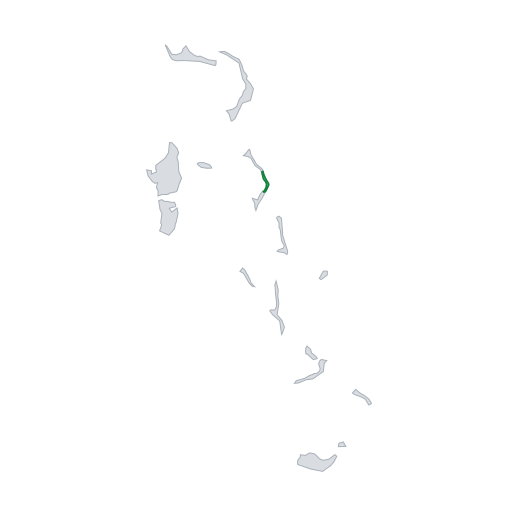 The Bahamas, with Central Eleuthera highlighted, rotated 21°
{"feature_id": "BHS-5028", "entity_name": "Central Eleuthera", "entity_type": "District", "adm_level": 1, "iso_a3": "BHS", "parent_name": "The Bahamas", "parent_adm1": "", "projection": "robinson", "projection_center": [-76.183, 25.14], "detail": "fine", "context": "in_parent", "style": "filled", "palette": "green", "viewbox_px": 512, "rotation_deg": 21, "n_neighbors": 0, "source": "natural_earth", "source_scale": "10m", "svg_char_len": 3725}
<svg xmlns="http://www.w3.org/2000/svg" viewBox="0 0 512 512"><g transform="rotate(21 256 256)"><path d="M158.6,210.0L158.5,217.2L159.0,222.7L158.5,224.6L152.9,228.2L151.5,230.2L146.2,232.3L143.0,235.1L141.4,230.5L138.4,227.7L137.9,222.8L135.5,224.4L132.1,223.4L126.5,219.8L123.0,214.8L127.9,213.9L129.0,217.0L132.9,213.2L132.0,211.2L131.3,210.9L130.0,207.2L136.0,197.4L137.3,191.1L134.6,181.0L137.1,180.4L143.8,183.9L146.8,187.4L146.8,192.2L149.6,195.9L153.6,204.8L158.6,210.0ZM163.0,237.4L163.0,238.8L157.9,242.5L161.6,245.2L165.1,239.4L167.9,244.1L169.4,253.1L169.2,254.6L169.4,256.0L169.9,257.7L170.1,260.1L167.2,267.9L157.0,267.1L156.8,260.6L155.2,259.3L152.9,249.9L149.7,246.9L145.3,239.2L147.9,237.2L151.3,237.8L153.1,236.9L157.8,236.2L160.7,235.1L163.0,237.4ZM402.5,420.4L400.9,424.8L395.4,433.2L383.2,435.3L369.7,435.7L368.6,433.4L368.3,431.4L369.3,428.2L369.2,427.0L368.6,425.7L373.6,424.4L376.8,420.5L381.9,419.8L388.3,422.6L391.7,422.7L396.8,419.7L400.8,413.2L403.2,414.0L402.5,420.4ZM185.4,138.3L184.4,138.9L179.9,132.9L176.3,131.1L182.0,126.9L184.4,123.3L184.3,115.3L185.7,111.0L185.3,107.2L186.5,103.3L184.9,99.0L180.2,95.6L171.0,82.0L156.4,78.7L148.8,78.5L153.0,76.3L156.8,76.6L162.7,77.9L169.8,78.5L174.1,82.5L178.2,87.9L181.9,90.0L183.5,91.4L183.3,92.9L183.9,94.4L188.8,96.9L193.7,100.9L195.1,112.7L188.5,118.2L187.2,135.3L185.4,138.3ZM120.6,89.0L126.8,90.8L130.2,90.6L132.2,89.4L141.3,89.9L148.8,88.1L149.9,91.2L149.7,92.9L133.9,94.5L119.4,99.1L111.5,102.3L107.7,102.6L104.9,101.0L95.4,91.3L97.9,92.3L105.0,97.8L109.4,96.8L113.4,93.2L114.1,90.4L113.5,89.1L115.3,84.9L120.6,89.0ZM215.0,163.3L223.5,170.1L230.7,172.6L238.5,181.1L241.8,184.1L242.4,186.8L241.1,199.3L239.4,206.9L239.6,213.5L237.8,211.5L235.9,207.2L232.9,204.7L231.9,203.4L237.4,203.1L237.8,196.3L240.5,190.9L240.1,185.3L233.7,179.2L229.4,173.8L222.7,172.0L216.4,166.6L212.7,166.0L208.2,166.9L209.9,163.7L211.0,159.5L211.8,158.7L215.0,163.3ZM308.3,318.5L308.0,320.1L301.4,308.1L293.2,305.2L288.5,302.3L289.5,300.7L292.7,299.9L293.3,296.2L291.9,292.1L287.5,283.8L285.1,278.2L284.0,276.9L283.7,272.2L288.8,279.5L290.9,285.9L294.4,292.3L296.7,303.2L303.3,306.9L308.0,312.2L308.3,318.5ZM341.2,359.3L337.5,361.1L338.3,358.0L345.3,352.7L349.1,348.1L351.3,346.4L352.1,345.2L355.1,343.5L356.6,340.5L356.2,338.1L353.0,334.0L353.0,331.2L354.1,329.2L359.5,328.3L358.1,331.3L360.2,339.8L353.1,350.4L347.0,353.7L341.2,359.3ZM284.0,240.4L284.4,243.4L280.9,242.8L275.8,244.0L274.0,244.0L275.1,241.9L278.6,239.1L278.8,236.4L274.4,232.6L269.3,222.9L267.0,220.6L265.8,217.0L261.5,213.1L262.4,211.1L263.3,210.6L266.2,211.6L272.8,225.4L273.2,226.8L284.0,240.4ZM401.4,346.4L404.6,347.2L406.3,347.2L412.3,349.0L415.8,351.4L416.6,352.5L414.7,354.7L409.3,350.5L404.5,349.9L397.8,350.0L395.1,349.3L396.9,344.8L401.4,346.4ZM348.8,328.7L349.9,329.8L346.7,332.2L339.2,329.2L337.6,329.5L336.1,326.3L335.5,324.0L335.9,321.8L340.3,323.5L342.7,326.6L348.8,328.7ZM179.0,191.6L173.2,192.9L169.1,191.7L168.0,190.7L169.8,189.0L173.7,187.6L180.0,187.5L182.7,189.1L183.1,189.8L179.0,191.6ZM265.7,285.2L263.5,285.6L259.7,284.0L250.7,276.7L246.5,276.1L247.8,272.0L251.0,273.4L258.3,279.7L261.1,282.9L265.7,285.2ZM329.3,248.3L325.3,254.7L323.1,254.2L324.3,246.0L327.1,244.8L328.2,244.8L329.3,248.3ZM408.1,401.6L401.2,404.5L400.5,401.1L404.0,398.3L408.1,401.6Z" fill="#d9dde1" stroke="#a8b0b8" stroke-width="1"/><path d="M232.2,174.5L233.7,176.8L236.8,180.0L240.1,182.6L241.6,183.6L242.3,184.5L242.5,185.6L242.1,190.7L241.9,191.6L241.8,192.2L241.6,192.8L241.2,193.2L240.7,193.4L240.4,193.6L239.6,193.1L240.2,192.6L240.4,192.2L240.8,188.7L240.8,187.5L239.9,184.7L238.3,183.2L236.4,182.2L234.8,180.9L231.3,175.4L232.2,174.5Z" fill="#22c55e" stroke="#15803d" stroke-width="1.5"/></g></svg>